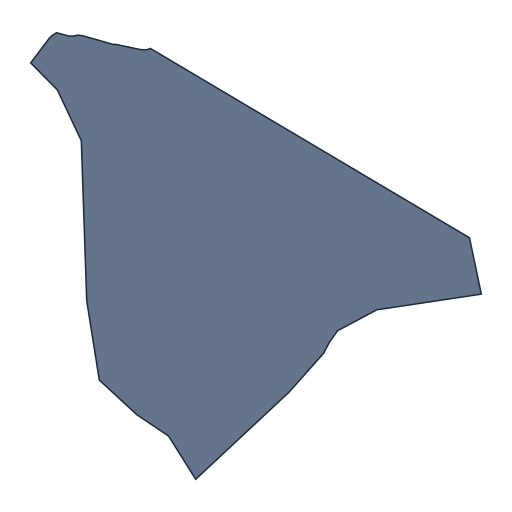 outline of Saint Peter
{"feature_id": "DMA-1441", "entity_name": "Saint Peter", "entity_type": "Parish", "adm_level": 1, "iso_a3": "DMA", "parent_name": "Dominica", "parent_adm1": "", "projection": "robinson", "projection_center": [-61.46, 15.5], "detail": "fine", "context": "isolated", "style": "filled", "palette": "slate", "viewbox_px": 512, "rotation_deg": 0, "n_neighbors": 0, "source": "natural_earth", "source_scale": "10m", "svg_char_len": 453}
<svg xmlns="http://www.w3.org/2000/svg" viewBox="0 0 512 512"><path d="M195.7,479.3L168.6,436.1L136.8,414.7L99.3,380.1L86.7,300.6L81.3,140.7L57.4,90.0L30.7,62.9L49.6,37.8L52.0,35.6L56.5,32.7L69.3,36.1L72.8,36.1L78.2,35.1L82.9,35.8L113.0,44.4L115.5,44.3L140.0,49.5L144.5,49.9L148.2,49.4L150.3,48.4L469.5,237.8L481.3,294.1L376.8,309.8L337.6,330.7L329.4,342.3L323.7,353.2L288.7,392.5L195.7,479.3Z" fill="#64748b" stroke="#1e293b" stroke-width="1.5"/></svg>